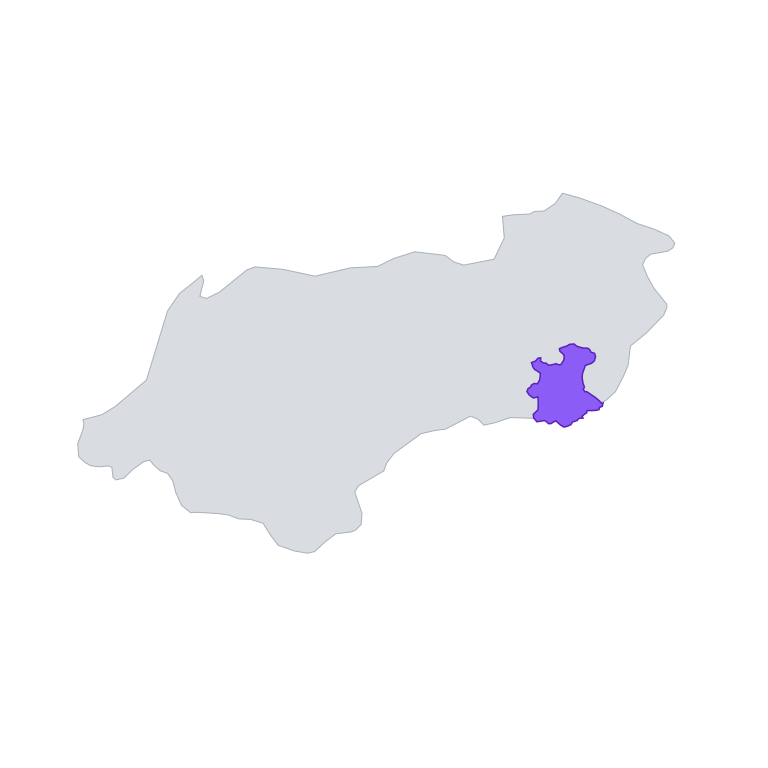 Kukës, Kukës, Albania shown in context, rotated 78°
{"feature_id": "67620474B92464717887955", "entity_name": "Kukës", "entity_type": "district", "adm_level": 2, "iso_a3": "ALB", "parent_name": "Albania", "parent_adm1": "Kukës", "projection": "robinson", "projection_center": [20.374, 41.987], "detail": "fine", "context": "in_parent", "style": "filled", "palette": "violet", "viewbox_px": 768, "rotation_deg": 78, "n_neighbors": 0, "source": "geoboundaries", "source_scale": "gbopen_adm2", "svg_char_len": 2790}
<svg xmlns="http://www.w3.org/2000/svg" viewBox="0 0 768 768"><g transform="rotate(78 384 384)"><path d="M244.7,233.3L245.3,222.9L248.0,206.4L246.5,200.9L248.1,191.5L243.0,178.9L234.5,169.8L242.8,153.8L254.9,134.4L266.1,119.0L279.7,103.0L288.7,87.6L298.5,74.4L306.8,70.3L310.9,73.1L313.1,78.9L312.5,96.0L315.4,101.9L321.1,106.3L333.3,104.1L346.7,99.9L364.9,90.8L368.0,91.4L374.7,96.1L388.7,116.8L398.0,135.0L416.3,141.3L426.5,148.4L439.6,159.2L446.0,170.0L455.0,203.2L456.1,223.2L453.5,232.4L451.2,234.7L443.1,267.4L445.0,284.0L445.0,294.9L438.0,299.3L433.4,306.1L440.9,333.3L440.0,344.9L440.3,358.2L453.9,388.5L461.9,397.9L469.0,402.3L478.2,430.2L483.6,435.1L505.8,432.4L516.6,435.5L520.9,442.1L521.9,446.7L520.5,462.3L526.1,474.3L533.5,486.7L533.5,494.3L528.6,506.6L519.7,521.1L507.9,526.6L495.0,531.3L488.8,542.5L485.6,554.5L479.8,563.3L476.3,573.0L470.8,592.8L469.5,600.0L460.7,607.3L447.0,610.2L434.8,610.8L426.5,614.2L422.3,621.0L414.6,626.5L409.8,628.9L409.9,635.0L415.5,647.7L422.0,658.0L422.1,666.2L419.0,668.5L409.0,667.5L406.8,670.5L405.8,679.7L403.1,687.6L399.0,692.4L391.8,697.7L378.7,696.0L366.4,688.1L360.0,685.6L356.3,685.9L355.4,666.6L350.1,651.5L330.7,615.5L267.6,580.6L252.7,564.9L246.3,551.8L239.8,539.4L246.1,539.0L252.2,542.2L260.1,545.9L263.4,539.7L260.0,526.1L243.9,494.4L242.7,485.6L250.8,459.1L264.2,429.2L263.4,393.1L267.7,365.8L263.2,348.1L261.1,326.3L270.9,297.5L279.2,290.3L284.3,281.2L284.8,250.4L266.2,236.0L244.7,233.3Z" fill="#d9dde1" stroke="#a8b0b8" stroke-width="1"/><path d="M385.9,205.1L388.7,205.1L391.1,203.1L392.3,202.5L393.8,201.8L395.2,202.3L396.7,202.7L398.0,203.1L399.8,205.0L401.0,206.1L401.7,206.8L401.5,209.4L401.3,209.7L399.9,211.3L400.1,215.4L399.9,219.1L397.4,221.0L396.4,223.8L395.7,224.5L394.9,225.3L394.3,226.0L392.7,225.7L390.9,225.3L390.8,228.1L393.0,230.9L393.7,235.3L399.2,234.6L401.5,233.3L403.4,231.2L406.0,228.8L410.3,230.1L412.4,230.9L415.7,234.0L414.7,237.0L415.7,240.0L417.5,241.3L418.5,244.1L421.2,245.8L425.2,244.1L428.7,240.9L428.7,236.1L434.3,237.0L441.2,238.7L444.7,244.3L448.4,244.7L452.8,242.2L453.1,234.6L454.9,232.7L457.0,231.4L457.5,228.8L456.6,226.6L455.8,223.4L458.7,221.5L461.0,219.7L463.5,217.1L463.5,213.5L462.6,209.6L460.3,207.4L460.0,202.9L458.2,200.5L458.7,196.4L456.8,196.9L455.2,194.1L454.5,191.9L452.2,190.8L453.1,187.0L453.8,182.6L453.8,179.0L451.7,178.1L451.2,175.1L448.2,173.7L448.5,174.6L447.3,175.6L445.2,176.9L443.9,177.9L442.9,178.7L441.2,180.0L433.7,187.2L433.5,188.9L430.9,190.2L428.6,188.6L424.3,189.2L418.7,188.8L415.1,187.7L407.8,183.3L407.3,180.3L406.9,176.6L405.1,173.4L401.1,171.3L397.8,171.6L395.9,174.9L392.9,175.7L391.2,177.5L390.3,181.6L389.0,184.2L387.1,187.6L384.3,189.8L383.8,194.5L384.8,196.9L385.3,202.3L385.9,205.1Z" fill="#8b5cf6" stroke="#5b21b6" stroke-width="1.5"/></g></svg>